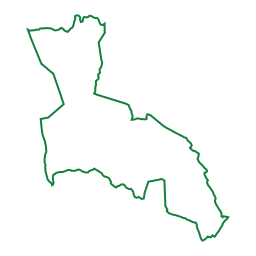 Jaguaquara, Bahia, Brazil
{"feature_id": "56859067B83796410289338", "entity_name": "Jaguaquara", "entity_type": "district", "adm_level": 2, "iso_a3": "BRA", "parent_name": "Brazil", "parent_adm1": "Bahia", "projection": "albers", "projection_center": [-39.94, -13.546], "detail": "fine", "context": "isolated", "style": "outline", "palette": "green", "viewbox_px": 256, "rotation_deg": 0, "n_neighbors": 0, "source": "geoboundaries", "source_scale": "gbopen_adm2", "svg_char_len": 3974}
<svg xmlns="http://www.w3.org/2000/svg" viewBox="0 0 256 256"><path d="M214.7,236.7L215.6,235.5L216.6,233.9L217.4,232.8L218.5,231.5L219.7,229.5L220.7,227.9L222.3,225.3L222.9,223.5L224.1,221.7L225.3,220.3L227.2,218.9L228.1,217.1L225.6,216.7L223.6,216.2L222.8,217.3L221.5,216.4L221.5,214.9L221.5,213.3L220.6,211.5L219.0,209.2L217.7,207.0L216.9,205.6L215.9,204.0L215.4,202.8L214.9,200.9L215.7,198.3L214.7,196.0L213.7,194.3L213.0,192.1L211.9,190.4L210.9,188.9L210.0,187.5L209.0,186.4L208.1,185.3L207.4,183.6L207.0,182.0L207.9,180.3L206.9,179.1L206.1,177.8L205.3,176.3L204.4,174.4L204.6,172.7L206.4,172.2L207.1,170.9L206.3,169.4L204.5,168.0L203.1,166.2L202.0,165.0L201.0,164.0L200.0,163.1L199.0,162.0L198.3,160.3L197.5,158.8L198.3,157.0L198.6,155.5L198.8,153.5L197.2,152.7L195.5,151.3L193.1,150.7L191.2,149.2L189.9,147.8L191.0,146.8L191.7,145.4L191.1,143.7L189.4,142.0L187.9,140.8L187.1,139.5L186.5,138.1L185.3,137.6L183.8,137.2L182.3,136.2L175.4,132.7L164.7,126.8L163.4,125.9L158.8,122.1L151.9,116.4L150.5,115.2L147.4,114.2L146.8,115.5L146.5,117.2L146.5,119.0L145.0,119.4L143.3,119.2L140.7,119.1L138.7,118.4L136.9,118.5L135.3,119.2L133.3,119.6L131.7,119.8L132.1,118.3L132.7,116.6L132.2,114.7L131.5,113.0L131.4,110.7L130.4,109.5L129.7,108.1L129.2,106.4L128.5,104.9L125.1,103.4L123.7,103.0L118.5,101.4L97.2,94.8L94.1,93.5L95.3,91.4L95.3,89.4L95.3,87.8L95.6,86.5L96.1,84.2L95.8,82.6L96.0,81.1L97.1,80.0L98.5,78.7L98.7,77.2L98.1,75.7L98.3,74.2L100.0,72.8L99.8,71.3L99.6,69.3L101.1,67.2L101.6,65.5L101.9,64.2L102.2,62.1L101.4,60.2L98.7,42.4L104.9,32.6L104.5,30.6L104.8,28.8L104.5,26.3L104.6,23.7L102.9,25.0L100.7,24.6L99.6,22.7L99.2,21.2L98.4,19.3L97.0,17.9L95.1,18.1L93.1,17.2L91.5,16.1L89.5,15.7L88.0,17.1L86.1,17.3L84.0,17.1L83.2,18.4L82.9,19.8L82.6,21.5L80.9,22.0L80.1,19.7L80.1,17.3L79.4,16.2L78.1,15.4L76.8,15.4L75.3,15.9L75.0,17.3L75.3,19.0L74.4,20.9L73.9,23.2L73.3,25.6L72.6,27.3L71.5,28.1L70.1,29.0L69.2,30.3L67.6,31.9L65.7,31.1L64.3,30.5L63.3,29.0L61.4,27.9L59.6,29.0L58.1,29.9L56.8,30.2L55.3,30.4L53.9,30.1L52.3,28.9L50.2,28.3L48.3,28.2L46.3,28.1L44.9,28.4L43.2,28.4L41.4,28.3L40.1,28.6L39.0,29.6L36.8,29.6L34.6,30.2L32.5,30.4L30.8,30.5L29.3,30.5L27.9,29.7L31.1,38.7L37.7,54.8L41.4,63.8L42.5,64.7L43.7,65.7L46.6,68.1L48.5,69.8L53.3,73.7L60.5,94.5L63.7,104.2L48.2,117.6L45.4,118.1L40.7,119.0L41.6,128.1L42.5,134.4L43.0,135.8L43.4,137.2L44.0,138.8L45.0,141.3L45.3,143.7L46.0,146.3L46.1,148.5L46.3,150.6L46.1,152.7L45.2,154.3L45.0,156.2L44.6,158.8L44.6,160.8L44.7,162.6L45.5,165.3L45.2,167.1L45.4,168.5L45.4,170.0L45.6,171.7L46.1,173.6L46.7,175.8L47.2,177.3L47.3,178.7L48.3,180.3L49.5,181.7L50.5,182.4L51.7,183.6L52.1,185.2L53.2,184.3L53.6,182.3L53.1,180.4L52.9,178.8L52.9,177.4L52.9,175.8L53.8,174.5L55.1,174.0L56.2,172.9L57.5,172.5L58.8,172.2L60.7,172.0L62.2,172.2L63.7,171.7L65.6,171.0L67.4,170.1L68.9,170.0L70.6,170.2L71.8,170.8L73.4,170.8L75.7,170.7L77.2,169.8L79.2,169.6L81.1,170.5L82.5,171.5L83.9,172.0L85.2,172.3L86.6,172.5L88.2,172.3L89.5,170.9L91.0,170.4L92.6,169.8L94.3,168.6L96.3,169.9L98.3,171.0L99.9,172.1L101.5,173.0L102.7,175.0L104.1,176.4L105.5,176.7L107.5,177.3L109.3,178.5L109.8,180.1L110.9,181.4L110.8,183.4L112.0,184.6L113.3,185.6L114.9,186.8L116.2,187.5L117.4,186.2L119.3,185.8L121.3,184.4L123.3,184.4L124.8,185.4L125.6,187.0L127.1,188.2L129.2,189.0L131.1,188.9L132.0,190.2L133.2,191.6L133.7,194.6L134.8,197.1L136.7,197.8L138.7,197.0L140.1,197.9L141.8,199.0L143.8,198.4L144.7,192.5L148.4,181.7L149.9,181.4L159.0,179.7L160.8,179.0L162.9,179.5L164.4,180.6L165.0,195.6L165.4,206.1L166.5,208.1L167.4,209.5L166.7,211.0L168.6,213.0L170.2,213.7L171.8,214.3L173.7,214.8L176.1,215.3L177.8,215.9L179.6,216.4L182.0,217.3L183.7,218.2L185.2,218.1L186.4,219.2L188.0,220.0L189.7,220.5L192.1,221.8L194.3,222.6L195.8,222.6L196.7,224.3L196.9,227.0L197.5,228.9L198.4,230.8L199.3,233.4L200.2,236.2L200.7,237.8L201.3,239.2L202.3,240.6L204.1,239.9L205.7,238.7L207.9,236.5L209.5,237.2L211.1,237.2L212.5,235.4L214.7,236.7Z" fill="none" stroke="#15803d" stroke-width="2"/></svg>